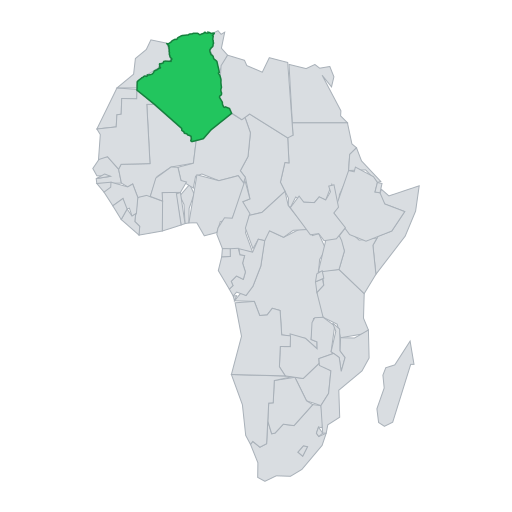 Africa, with Algeria highlighted
{"feature_id": "DZA", "entity_name": "Algeria", "entity_type": "country or territory", "adm_level": 0, "iso_a3": "DZA", "parent_name": "Africa", "parent_adm1": "", "projection": "equal_earth", "projection_center": [1.791, 28.04], "detail": "fine", "context": "in_parent", "style": "filled", "palette": "green", "viewbox_px": 512, "rotation_deg": 0, "n_neighbors": 49, "source": "natural_earth", "source_scale": "50m", "svg_char_len": 14261}
<svg xmlns="http://www.w3.org/2000/svg" viewBox="0 0 512 512"><path d="M339.0,269.5L364.2,293.6L363.5,318.2L368.4,330.0L364.4,333.7L340.6,337.7L337.2,324.2L323.1,317.3L318.0,305.6L316.9,292.5L323.7,285.1L322.2,270.7L339.0,269.5Z" fill="#d9dde1" stroke="#a8b0b8" stroke-width="1"/><path d="M137.0,89.5L136.7,98.8L121.7,98.5L121.2,114.2L116.9,114.8L116.2,126.9L96.9,129.0L117.0,87.9L137.0,89.5Z" fill="#d9dde1" stroke="#a8b0b8" stroke-width="1"/><path d="M316.9,292.5L323.1,317.3L313.5,318.5L311.1,339.5L317.0,341.9L317.1,348.8L305.4,338.3L281.7,334.9L280.1,310.5L272.3,308.3L267.1,315.0L259.7,315.5L254.3,301.4L234.5,300.8L241.3,292.5L246.0,295.5L252.9,286.3L260.8,266.1L265.1,236.2L269.5,230.8L283.6,237.3L299.1,229.4L307.4,229.5L312.5,235.6L318.7,233.6L325.8,249.1L319.6,259.5L316.9,292.5Z" fill="#d9dde1" stroke="#a8b0b8" stroke-width="1"/><path d="M375.9,274.3L372.9,245.3L378.3,236.0L391.8,231.0L404.7,211.6L384.8,204.0L379.0,195.1L381.5,189.4L388.9,195.9L419.2,185.8L415.6,211.1L405.2,236.1L375.9,274.3Z" fill="#d9dde1" stroke="#a8b0b8" stroke-width="1"/><path d="M364.2,293.6L339.0,269.5L344.4,251.0L339.3,235.9L345.4,227.7L359.1,240.1L377.0,238.0L372.9,245.3L375.9,274.3L364.2,293.6Z" fill="#d9dde1" stroke="#a8b0b8" stroke-width="1"/><path d="M293.6,210.2L289.9,207.4L288.2,205.5L288.5,198.2L280.4,182.2L284.9,162.5L289.0,162.9L287.6,135.2L293.0,135.2L292.3,122.7L347.4,122.7L351.9,143.9L356.5,147.8L349.7,154.4L348.2,176.0L339.4,194.7L338.5,207.2L331.8,184.4L325.7,200.0L319.2,196.9L314.4,202.6L303.8,202.2L295.7,197.0L290.3,207.7L293.6,210.2Z" fill="#d9dde1" stroke="#a8b0b8" stroke-width="1"/><path d="M287.7,137.9L289.0,162.9L284.9,162.5L280.4,182.2L285.0,191.4L262.0,212.4L249.2,215.4L242.7,201.7L249.9,198.9L245.4,177.4L240.3,170.8L248.0,156.5L250.4,132.8L245.0,117.4L249.6,114.0L287.7,137.9Z" fill="#d9dde1" stroke="#a8b0b8" stroke-width="1"/><path d="M250.5,444.4L252.8,441.4L259.9,447.2L266.6,443.7L267.8,421.1L271.7,433.8L275.0,433.1L283.3,424.2L294.0,425.6L312.8,404.6L320.9,405.6L323.3,418.7L322.1,427.7L318.5,427.1L316.4,433.2L318.8,436.5L326.2,433.2L322.1,445.4L301.9,469.4L290.4,476.3L276.3,475.8L264.9,481.3L257.7,477.4L257.9,462.8L250.5,444.4ZM307.5,446.7L303.4,446.0L298.0,452.2L302.7,456.2L307.5,446.7Z" fill="#d9dde1" stroke="#a8b0b8" stroke-width="1"/><path d="M307.5,446.7L302.7,456.2L298.0,452.2L303.4,446.0L307.5,446.7Z" fill="#d9dde1" stroke="#a8b0b8" stroke-width="1"/><path d="M320.9,405.6L306.5,400.8L294.9,377.3L303.2,378.5L319.2,363.2L330.9,370.8L328.6,393.4L320.9,405.6Z" fill="#d9dde1" stroke="#a8b0b8" stroke-width="1"/><path d="M312.8,404.6L294.0,425.6L283.3,424.2L275.0,433.1L271.7,433.8L267.8,421.1L268.7,403.1L273.2,402.8L274.3,380.5L294.9,377.3L306.5,400.8L312.8,404.6Z" fill="#d9dde1" stroke="#a8b0b8" stroke-width="1"/><path d="M268.7,403.1L266.6,443.7L259.9,447.2L252.8,441.4L250.5,444.4L245.7,435.4L242.4,404.7L231.4,374.5L294.1,376.3L274.3,380.5L273.2,402.8L268.7,403.1Z" fill="#d9dde1" stroke="#a8b0b8" stroke-width="1"/><path d="M96.9,175.8L92.8,168.5L100.2,157.6L107.5,156.7L118.6,169.2L121.4,183.1L96.8,183.5L96.2,178.6L110.5,176.3L96.9,175.8Z" fill="#d9dde1" stroke="#a8b0b8" stroke-width="1"/><path d="M121.4,183.1L118.6,169.2L121.1,164.3L150.0,163.6L146.8,104.4L153.8,104.3L191.0,137.1L191.0,141.1L196.2,140.5L193.4,163.2L171.1,167.0L157.1,176.5L150.3,196.4L137.8,197.5L132.7,184.0L127.7,186.9L121.4,183.1Z" fill="#d9dde1" stroke="#a8b0b8" stroke-width="1"/><path d="M96.9,129.0L116.2,126.9L116.9,114.8L121.2,114.2L121.7,98.5L136.7,98.8L137.0,89.5L153.8,104.3L146.8,104.4L150.0,163.6L121.1,164.3L118.6,169.2L107.5,156.7L98.5,159.6L100.3,134.6L96.9,129.0Z" fill="#d9dde1" stroke="#a8b0b8" stroke-width="1"/><path d="M188.9,222.9L185.0,223.6L184.0,204.4L179.8,195.8L189.7,184.4L194.2,194.1L189.1,208.4L188.9,222.9Z" fill="#d9dde1" stroke="#a8b0b8" stroke-width="1"/><path d="M245.0,117.4L250.4,132.8L248.0,156.5L240.3,170.8L245.4,177.4L243.5,182.9L238.2,175.7L218.9,180.7L201.9,174.0L195.6,176.2L193.3,188.1L181.0,180.5L177.9,167.3L193.4,163.2L196.2,140.5L231.8,113.6L241.8,119.7L245.0,117.4Z" fill="#d9dde1" stroke="#a8b0b8" stroke-width="1"/><path d="M188.9,222.9L196.9,174.8L218.9,180.7L238.2,175.7L245.4,185.4L232.3,218.2L220.3,221.7L216.8,232.5L204.3,235.8L196.8,222.8L188.9,222.9Z" fill="#d9dde1" stroke="#a8b0b8" stroke-width="1"/><path d="M245.0,180.5L249.9,198.9L242.7,201.7L249.9,213.6L245.5,232.7L252.6,252.2L222.4,248.6L216.8,234.3L218.0,227.9L224.5,217.8L232.3,218.2L245.0,180.5Z" fill="#d9dde1" stroke="#a8b0b8" stroke-width="1"/><path d="M180.4,192.4L185.0,223.6L181.1,225.0L175.9,194.2L180.4,192.4Z" fill="#d9dde1" stroke="#a8b0b8" stroke-width="1"/><path d="M176.2,192.2L181.1,225.0L162.3,231.0L162.1,192.6L176.2,192.2Z" fill="#d9dde1" stroke="#a8b0b8" stroke-width="1"/><path d="M137.8,197.5L146.5,195.4L162.6,201.1L162.3,231.0L139.0,235.1L139.7,226.4L134.8,221.5L137.8,197.5Z" fill="#d9dde1" stroke="#a8b0b8" stroke-width="1"/><path d="M111.0,182.2L127.7,186.9L132.7,184.0L137.8,197.5L136.4,213.7L132.0,216.1L129.4,208.2L125.8,209.4L123.0,198.5L112.8,205.8L104.0,192.1L111.0,182.2Z" fill="#d9dde1" stroke="#a8b0b8" stroke-width="1"/><path d="M96.8,183.5L111.0,182.2L110.7,187.2L104.0,192.1L96.8,183.5Z" fill="#d9dde1" stroke="#a8b0b8" stroke-width="1"/><path d="M135.7,213.7L134.8,221.5L139.7,226.4L139.0,235.1L121.2,219.5L127.1,209.0L132.0,216.1L135.7,213.7Z" fill="#d9dde1" stroke="#a8b0b8" stroke-width="1"/><path d="M112.8,205.8L123.0,198.5L127.1,209.0L121.2,219.5L112.8,205.8Z" fill="#d9dde1" stroke="#a8b0b8" stroke-width="1"/><path d="M150.3,196.4L155.8,178.1L171.1,167.0L177.9,167.3L181.0,180.5L186.5,182.0L180.4,192.4L162.1,192.6L162.6,201.1L150.3,196.4Z" fill="#d9dde1" stroke="#a8b0b8" stroke-width="1"/><path d="M307.4,229.5L293.2,230.3L283.6,237.3L269.5,230.8L264.7,240.7L258.3,239.2L253.0,248.7L245.4,228.1L249.2,215.4L262.0,212.4L285.0,191.4L288.2,205.5L307.4,229.5Z" fill="#d9dde1" stroke="#a8b0b8" stroke-width="1"/><path d="M264.7,240.7L260.8,266.1L252.9,286.3L246.0,295.5L236.6,292.1L233.2,296.0L229.3,289.1L233.0,285.6L231.2,281.3L236.5,276.0L243.3,279.4L245.4,272.0L242.6,263.1L244.6,255.6L239.9,254.9L238.9,248.7L252.6,252.2L258.3,239.2L264.7,240.7Z" fill="#d9dde1" stroke="#a8b0b8" stroke-width="1"/><path d="M230.2,248.7L238.3,248.3L239.9,254.9L244.6,255.6L242.6,263.1L245.4,272.0L243.3,279.4L236.5,276.0L231.2,281.3L233.0,285.6L229.3,289.1L218.3,270.6L221.7,256.8L230.3,256.5L230.2,248.7Z" fill="#d9dde1" stroke="#a8b0b8" stroke-width="1"/><path d="M222.4,248.6L230.2,248.7L230.3,256.5L221.7,256.8L222.4,248.6Z" fill="#d9dde1" stroke="#a8b0b8" stroke-width="1"/><path d="M323.1,317.3L334.7,325.9L331.1,351.7L333.6,353.4L318.9,358.6L319.2,363.2L303.2,378.5L285.3,375.9L279.4,366.8L280.3,346.5L290.2,346.6L290.1,333.9L305.4,338.3L317.1,348.8L317.0,341.9L311.1,339.5L312.0,322.6L314.8,317.7L323.1,317.3Z" fill="#d9dde1" stroke="#a8b0b8" stroke-width="1"/><path d="M332.6,323.0L339.6,329.0L340.1,350.9L345.1,357.5L341.2,371.4L339.2,357.5L331.1,351.7L335.8,331.3L332.6,323.0Z" fill="#d9dde1" stroke="#a8b0b8" stroke-width="1"/><path d="M340.6,337.7L354.5,338.0L368.4,330.0L369.1,358.0L362.0,370.9L338.8,390.2L339.7,417.2L327.8,424.8L326.2,433.2L322.7,433.2L320.9,405.6L328.6,393.4L330.9,370.8L319.4,365.5L318.9,358.6L333.6,353.4L339.2,357.5L341.2,371.4L345.1,357.5L340.1,350.9L340.6,337.7Z" fill="#d9dde1" stroke="#a8b0b8" stroke-width="1"/><path d="M322.7,433.2L318.8,436.5L316.4,433.2L318.5,427.1L322.7,433.2Z" fill="#d9dde1" stroke="#a8b0b8" stroke-width="1"/><path d="M233.2,296.0L236.7,295.7L234.5,300.8L233.2,296.0ZM235.1,302.8L254.3,301.4L259.7,315.5L267.1,315.0L272.3,308.3L280.1,310.5L281.7,334.9L290.5,335.9L290.2,346.6L280.3,346.5L279.4,366.8L285.3,375.9L231.4,374.5L241.5,336.3L235.1,302.8Z" fill="#d9dde1" stroke="#a8b0b8" stroke-width="1"/><path d="M322.4,279.0L323.7,285.1L316.9,292.5L315.5,281.8L322.4,279.0Z" fill="#d9dde1" stroke="#a8b0b8" stroke-width="1"/><path d="M410.1,341.1L414.0,364.4L410.7,364.4L392.7,422.2L384.4,426.3L378.6,422.5L376.9,408.8L384.2,388.0L382.9,375.2L385.8,367.7L394.8,364.9L410.1,341.1Z" fill="#d9dde1" stroke="#a8b0b8" stroke-width="1"/><path d="M96.2,178.6L104.7,174.0L110.5,176.3L96.2,178.6Z" fill="#d9dde1" stroke="#a8b0b8" stroke-width="1"/><path d="M219.2,72.0L209.9,49.5L213.4,33.0L218.0,30.7L221.1,34.3L224.7,32.2L221.4,48.2L227.6,55.2L219.2,72.0Z" fill="#d9dde1" stroke="#a8b0b8" stroke-width="1"/><path d="M348.6,170.5L349.7,154.4L356.5,147.8L361.5,160.9L380.8,181.5L377.4,182.5L365.6,169.9L348.6,170.5Z" fill="#d9dde1" stroke="#a8b0b8" stroke-width="1"/><path d="M117.0,87.9L133.6,74.2L135.4,58.5L146.3,49.5L150.9,39.9L167.3,43.3L170.8,60.3L137.3,80.8L137.1,87.9L117.0,87.9Z" fill="#d9dde1" stroke="#a8b0b8" stroke-width="1"/><path d="M347.4,122.7L292.3,122.7L289.0,64.4L306.1,68.6L314.9,64.5L319.7,68.2L329.8,66.5L333.9,76.8L331.5,86.9L322.1,75.2L340.9,110.8L340.6,115.9L347.4,122.7Z" fill="#d9dde1" stroke="#a8b0b8" stroke-width="1"/><path d="M287.7,62.5L293.0,135.2L287.7,137.9L249.6,114.0L241.8,119.7L223.8,108.0L219.0,97.5L221.1,65.6L227.6,55.2L244.5,60.3L246.8,65.6L262.3,72.2L269.3,57.7L287.7,62.5Z" fill="#d9dde1" stroke="#a8b0b8" stroke-width="1"/><path d="M404.7,211.6L391.8,231.0L366.0,241.2L349.6,234.6L333.8,213.0L348.6,170.5L354.2,171.8L355.4,167.1L373.5,176.7L377.4,182.5L375.0,192.0L380.0,192.8L384.8,204.0L404.7,211.6Z" fill="#d9dde1" stroke="#a8b0b8" stroke-width="1"/><path d="M377.4,182.5L382.0,183.5L380.0,192.8L375.0,192.0L377.4,182.5Z" fill="#d9dde1" stroke="#a8b0b8" stroke-width="1"/><path d="M339.0,269.5L318.2,272.1L326.1,238.9L339.3,235.9L341.6,240.4L344.4,251.0L339.0,269.5Z" fill="#d9dde1" stroke="#a8b0b8" stroke-width="1"/><path d="M322.2,270.7L323.8,278.2L315.5,281.8L316.8,273.9L322.2,270.7Z" fill="#d9dde1" stroke="#a8b0b8" stroke-width="1"/><path d="M324.1,240.7L318.7,233.6L310.4,234.8L290.3,207.7L299.1,196.1L303.8,202.2L314.4,202.6L319.2,196.9L325.7,200.0L330.5,191.8L328.7,186.1L334.0,184.8L338.5,207.2L333.8,213.0L345.4,227.7L336.4,238.8L324.1,240.7Z" fill="#d9dde1" stroke="#a8b0b8" stroke-width="1"/><path d="M214.1,33.1L214.2,33.4L214.2,33.7L213.8,33.9L213.5,34.1L213.2,34.8L212.6,35.3L212.5,35.5L213.0,35.9L213.1,36.1L213.2,36.4L213.0,37.4L212.9,38.2L212.8,39.2L212.8,39.6L213.0,40.1L213.2,40.5L213.2,40.9L213.2,41.9L213.4,42.5L213.6,43.1L213.2,43.8L213.1,44.4L213.0,45.3L213.0,45.8L212.8,46.3L212.5,46.8L212.1,47.1L211.7,47.4L211.2,47.7L210.9,48.6L210.0,49.4L209.9,49.6L209.8,50.2L209.8,51.1L210.0,51.8L210.4,52.8L210.8,53.8L210.9,54.4L211.1,54.6L211.6,55.0L212.5,55.5L213.1,56.4L213.5,57.8L213.7,58.7L214.5,59.4L215.3,60.0L216.0,60.6L216.8,61.3L216.9,61.5L217.2,62.8L217.5,64.1L217.8,65.6L218.2,67.1L218.6,68.8L218.8,69.8L219.0,71.0L219.3,72.4L218.9,72.7L218.4,73.1L218.8,73.8L219.5,75.0L220.0,76.0L220.1,76.4L220.5,77.6L220.8,78.8L220.9,79.1L221.0,80.0L220.9,82.5L221.2,85.6L221.5,87.2L221.1,88.6L220.8,89.9L220.9,90.6L221.1,91.7L221.3,92.5L221.6,92.9L221.5,94.2L221.4,94.7L220.7,95.4L219.8,96.0L219.6,96.5L219.5,97.1L219.6,97.6L220.3,98.7L221.2,100.3L222.3,102.1L222.4,102.6L222.4,103.9L222.9,105.5L223.4,106.2L223.5,106.7L223.9,107.1L224.2,107.3L224.4,107.4L225.5,106.9L227.5,107.7L229.3,108.4L229.5,108.5L229.9,109.5L230.6,111.0L231.1,112.2L231.6,113.3L229.3,115.2L226.9,117.1L224.6,119.0L222.2,120.9L219.8,122.8L217.5,124.7L215.1,126.6L212.7,128.5L211.1,129.8L210.1,130.9L208.9,132.3L207.7,133.7L206.7,134.8L205.5,136.2L204.9,136.9L203.5,138.5L203.1,138.8L201.3,139.2L199.6,139.7L198.1,140.1L197.1,140.3L196.0,140.6L194.6,141.0L193.5,141.2L192.3,141.5L192.2,141.6L191.8,141.6L191.5,141.4L191.1,141.0L190.9,140.9L190.8,140.6L190.9,140.2L191.1,139.8L191.2,139.5L191.3,139.3L191.5,139.2L191.5,138.9L191.3,138.5L191.2,138.0L191.2,137.0L191.2,136.7L190.9,136.2L190.2,135.8L189.6,135.5L189.4,135.4L188.7,135.3L187.8,135.0L187.5,134.8L186.9,133.9L186.6,133.7L185.3,133.5L184.8,133.4L184.5,133.2L184.1,132.9L184.0,132.4L183.9,131.9L183.8,131.7L182.3,130.8L181.9,130.4L181.7,130.1L181.7,129.7L181.8,129.1L181.7,128.6L181.6,128.3L180.9,127.7L179.4,126.4L177.9,125.1L176.4,123.7L174.9,122.4L173.4,121.1L171.9,119.7L170.4,118.4L168.9,117.1L167.4,115.8L165.9,114.4L164.4,113.1L162.9,111.8L161.4,110.5L159.9,109.1L158.4,107.8L156.9,106.5L155.7,105.4L154.3,104.2L153.2,103.3L152.2,102.5L151.1,101.6L150.4,101.0L149.6,100.3L148.7,99.7L147.9,99.0L147.0,98.3L146.2,97.6L145.4,96.9L144.5,96.3L143.7,95.6L142.8,94.9L142.0,94.2L141.2,93.6L140.3,92.9L139.5,92.2L138.6,91.5L137.8,90.9L137.0,90.2L137.0,89.0L137.1,88.0L137.1,86.5L137.1,85.2L137.2,83.9L137.2,83.0L137.2,82.1L137.3,81.7L137.8,81.2L138.6,80.5L138.9,80.2L139.2,79.9L140.4,79.0L140.7,78.8L141.9,77.7L142.2,77.6L142.8,77.5L143.1,77.3L143.4,76.8L144.0,76.4L144.3,76.1L144.6,76.1L145.7,76.2L146.1,76.3L146.7,76.4L146.8,76.3L147.0,76.2L147.2,75.9L147.3,75.5L147.3,75.1L147.4,74.9L147.6,74.9L148.0,75.0L148.6,74.9L148.8,74.9L149.6,74.8L150.6,74.6L151.4,74.3L152.1,74.1L152.8,73.5L153.3,72.8L153.9,71.9L154.3,71.0L155.2,70.5L155.9,70.2L156.3,70.1L157.2,69.6L158.0,69.0L158.8,68.3L159.3,68.3L160.0,68.2L160.4,67.8L160.4,67.4L160.2,67.2L159.9,67.0L159.8,66.9L159.6,66.8L159.5,66.7L159.5,66.3L159.6,66.0L159.7,65.7L159.7,65.2L159.5,64.8L159.5,64.5L159.5,64.1L159.6,63.9L159.8,63.7L160.1,63.7L160.6,63.7L161.3,63.6L163.2,62.9L163.3,62.6L163.5,62.1L163.6,61.6L163.8,61.5L163.9,61.4L164.5,61.3L165.4,61.1L165.8,61.1L166.7,61.2L167.4,61.2L168.6,61.3L169.4,61.3L170.1,61.3L171.0,61.4L171.2,60.9L171.0,60.3L171.2,59.9L171.5,59.5L171.9,59.1L171.7,58.6L171.4,58.3L170.9,57.9L170.7,57.7L170.3,57.2L170.0,56.7L169.8,55.5L169.5,54.9L169.3,54.1L169.5,52.6L169.2,51.8L169.2,51.4L169.2,50.9L169.3,50.2L169.2,49.1L168.9,48.0L169.0,47.6L169.1,47.4L169.1,47.2L168.8,46.8L168.6,46.6L168.7,46.3L168.9,45.9L168.9,45.7L168.3,45.2L167.4,44.4L167.2,44.1L167.0,43.7L167.9,43.8L168.4,43.7L169.4,43.2L170.3,42.5L170.9,42.2L171.5,41.4L172.0,40.9L172.8,40.4L175.0,39.3L175.3,39.3L176.0,39.5L176.6,39.4L177.0,39.1L177.5,38.1L178.2,37.5L179.1,37.0L180.3,36.4L181.1,35.9L182.3,35.5L185.4,35.2L187.0,35.0L188.1,35.0L189.2,34.2L189.8,34.0L192.1,33.9L193.3,33.3L197.5,33.3L198.0,33.5L198.5,33.8L199.4,34.6L199.9,34.7L200.4,34.6L201.7,33.9L203.2,33.5L204.0,33.1L204.3,32.5L205.0,32.2L205.4,32.7L206.9,33.2L207.9,33.0L208.3,32.9L208.1,32.2L209.1,32.4L209.9,32.7L210.7,33.4L211.2,33.5L212.1,33.2L214.1,33.1Z" fill="#22c55e" stroke="#15803d" stroke-width="1.5"/></svg>